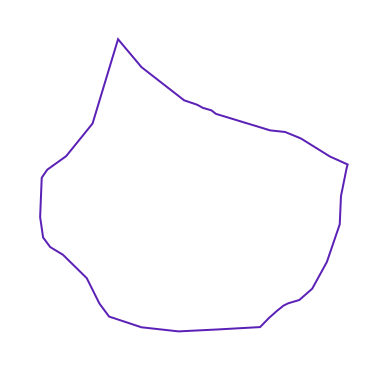 the district of Almolonga, Quezaltenango, Guatemala, rotated 278°
{"feature_id": "79465075B59267896905043", "entity_name": "Almolonga", "entity_type": "district", "adm_level": 2, "iso_a3": "GTM", "parent_name": "Guatemala", "parent_adm1": "Quezaltenango", "projection": "natural_earth1", "projection_center": [-91.484, 14.812], "detail": "fine", "context": "isolated", "style": "outline", "palette": "violet", "viewbox_px": 384, "rotation_deg": 278, "n_neighbors": 0, "source": "geoboundaries", "source_scale": "gbopen_adm2", "svg_char_len": 600}
<svg xmlns="http://www.w3.org/2000/svg" viewBox="0 0 384 384"><g transform="rotate(278 192 192)"><path d="M333.0,97.5L246.0,84.0L210.0,62.4L194.0,45.6L185.3,41.2L146.0,45.1L126.2,50.9L117.7,59.3L111.9,72.9L92.0,99.8L68.7,115.8L57.1,127.2L51.0,160.7L52.1,198.1L59.1,234.7L67.7,278.2L77.9,285.7L85.7,292.3L92.2,298.4L95.2,302.8L100.0,313.3L113.0,324.5L141.5,335.3L180.6,342.8L208.6,340.1L237.2,341.8L240.9,342.3L246.3,323.7L260.2,292.3L264.4,275.8L263.9,260.8L272.7,204.8L275.6,199.8L276.8,191.1L279.1,185.1L281.7,171.4L308.6,124.6L333.0,97.5Z" fill="none" stroke="#5b21b6" stroke-width="2"/></g></svg>